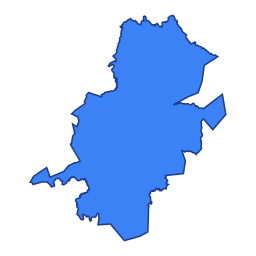 outline of Urique, Chihuahua, Mexico
{"feature_id": "50627088B80503012835519", "entity_name": "Urique", "entity_type": "district", "adm_level": 2, "iso_a3": "MEX", "parent_name": "Mexico", "parent_adm1": "Chihuahua", "projection": "albers", "projection_center": [-107.976, 27.219], "detail": "fine", "context": "isolated", "style": "filled", "palette": "blue", "viewbox_px": 256, "rotation_deg": 0, "n_neighbors": 0, "source": "geoboundaries", "source_scale": "gbopen_adm2", "svg_char_len": 5741}
<svg xmlns="http://www.w3.org/2000/svg" viewBox="0 0 256 256"><path d="M30.2,182.3L32.0,182.6L32.9,183.7L33.0,184.5L42.3,181.9L47.6,182.0L48.2,183.2L49.8,184.5L50.4,185.7L51.7,187.0L53.1,186.1L53.8,186.5L54.5,185.8L54.4,184.2L53.7,183.4L53.5,182.6L54.3,180.6L55.3,179.8L55.8,178.7L58.1,178.6L59.1,178.2L61.2,181.1L62.6,180.9L62.1,184.2L63.8,184.8L66.3,183.1L66.5,182.1L67.2,181.7L67.3,181.3L69.0,180.9L69.0,180.3L69.6,180.2L69.5,179.1L70.2,179.0L70.1,178.6L72.1,177.0L73.1,177.6L73.9,176.7L74.3,176.8L76.6,179.6L78.1,180.8L80.8,180.0L81.2,179.0L81.6,178.8L82.1,179.4L83.1,179.3L83.6,179.8L84.0,179.8L84.7,178.6L85.8,179.5L85.8,180.3L86.4,181.2L85.7,181.1L85.8,181.6L86.8,182.9L87.0,184.3L87.7,185.0L87.5,185.5L88.4,185.8L88.4,186.5L89.3,188.3L88.9,188.5L88.9,189.2L88.4,189.6L88.9,190.0L87.8,190.2L87.2,191.4L87.4,192.1L87.0,191.9L86.9,192.3L85.7,192.8L85.1,192.8L85.2,193.5L84.7,193.5L84.1,193.0L83.3,193.7L82.5,193.5L82.6,192.9L82.2,193.7L81.7,193.7L81.7,194.4L80.5,194.4L80.6,196.4L79.7,196.0L79.9,198.0L78.0,198.3L76.5,199.0L75.8,199.7L75.7,201.1L76.9,202.6L76.8,203.8L77.2,204.1L76.7,204.6L77.3,205.2L76.9,205.6L76.8,206.9L77.9,207.7L78.2,208.6L78.2,209.7L77.6,210.9L77.7,211.9L76.9,214.2L79.3,216.4L80.4,218.6L81.3,219.6L82.8,219.8L83.5,219.2L83.7,218.4L82.4,214.6L82.6,214.2L84.9,215.1L86.8,217.0L87.5,216.6L87.9,215.9L88.9,216.3L89.6,220.1L90.1,221.0L90.6,220.9L91.4,220.3L91.3,218.0L92.5,217.0L95.2,217.2L95.9,216.5L97.3,213.5L98.1,213.5L98.7,214.0L98.6,216.5L99.2,217.1L98.0,224.8L110.4,224.0L124.4,240.6L139.9,236.2L147.8,231.9L148.6,207.3L148.9,206.6L148.9,205.7L148.3,205.3L148.4,203.8L150.1,203.1L151.0,204.1L151.7,203.4L151.6,201.6L150.7,201.2L150.4,196.8L148.9,195.1L149.9,193.6L150.3,193.5L150.2,193.0L150.7,192.2L150.4,191.2L150.6,191.5L152.8,190.6L152.9,191.3L153.6,191.4L153.9,191.1L153.8,190.7L154.5,190.4L155.0,190.7L156.1,188.4L157.0,189.4L157.5,189.2L157.9,189.6L158.4,188.6L159.1,188.5L159.1,189.4L160.0,189.3L159.7,190.5L160.5,190.3L161.2,190.9L164.0,188.5L166.3,188.8L166.4,186.2L168.4,184.4L166.3,183.6L167.6,180.4L166.7,179.5L166.1,178.3L165.0,178.0L166.2,176.3L165.7,175.5L183.4,173.6L185.4,161.0L181.9,150.6L183.0,150.8L184.7,152.0L185.2,151.6L185.6,151.7L186.0,151.0L186.6,151.2L187.5,150.9L188.7,151.5L190.0,151.0L190.3,151.5L191.7,151.7L192.5,152.5L194.8,153.2L196.0,154.3L196.0,154.0L198.6,152.2L198.9,151.4L200.5,150.0L201.5,148.3L201.5,147.8L200.9,147.0L201.5,143.4L200.8,142.0L201.4,141.6L201.3,141.0L200.4,139.2L200.8,137.5L201.9,136.6L202.4,135.1L202.4,134.1L201.7,133.4L201.0,130.5L201.1,129.7L202.0,127.7L201.8,126.9L201.0,126.1L201.6,124.4L201.5,123.4L201.0,122.5L201.5,120.8L202.7,119.9L203.1,119.0L203.4,118.9L212.8,129.7L225.8,114.5L222.4,94.3L203.1,108.9L201.8,108.0L199.0,108.4L198.3,107.0L196.4,105.8L195.9,106.4L194.9,105.9L194.5,104.4L193.9,103.6L193.0,103.4L192.5,103.4L191.4,104.8L190.7,105.0L188.1,103.8L186.7,103.7L185.2,104.1L184.5,103.7L182.7,103.6L180.4,102.7L179.9,103.2L179.3,103.1L177.9,103.9L175.5,104.1L174.3,104.8L174.0,104.5L188.2,96.7L198.1,92.8L202.1,81.0L204.2,65.4L217.7,56.7L215.2,54.9L213.2,55.4L211.2,53.5L210.7,54.1L210.0,54.1L208.6,52.2L206.2,50.5L206.0,49.8L205.2,49.8L203.9,48.1L201.9,48.2L201.4,46.8L200.1,46.8L199.5,46.3L198.1,46.0L197.3,45.1L195.6,45.1L195.0,43.6L195.7,42.6L195.2,42.2L194.6,42.1L193.8,43.2L192.7,42.9L191.7,43.7L190.5,43.8L189.8,42.6L190.0,42.3L189.2,42.0L189.0,41.3L188.0,40.7L187.9,39.9L186.7,38.7L186.8,38.3L185.7,37.6L185.8,36.1L186.5,35.1L185.1,33.7L183.2,32.4L181.9,30.7L181.5,29.0L180.0,27.2L178.6,26.2L178.5,25.4L177.0,23.8L176.9,22.6L177.5,22.4L177.0,20.5L175.1,20.3L174.9,18.3L174.2,17.5L174.0,16.4L173.3,16.1L173.1,15.4L170.0,16.1L169.5,16.9L168.3,17.6L168.1,18.2L168.6,19.4L167.6,21.3L167.1,21.3L166.5,22.1L166.1,22.2L165.4,21.6L164.3,22.2L162.9,22.0L162.1,23.3L162.4,24.2L162.2,24.7L162.6,25.7L161.6,26.9L160.8,26.1L159.7,26.9L158.6,25.6L158.3,24.6L157.0,23.4L156.5,23.6L155.9,24.5L155.1,24.7L154.9,25.1L155.2,25.7L154.8,26.0L154.5,26.0L154.0,24.7L152.1,25.0L148.7,21.0L147.5,20.6L146.9,20.8L146.0,19.5L146.0,17.4L145.3,16.5L144.5,16.0L143.6,16.6L143.5,17.5L143.4,19.0L143.8,20.8L143.2,20.6L141.4,21.3L141.3,23.5L140.6,25.6L140.6,24.5L140.2,24.1L137.6,24.0L137.0,22.2L135.3,20.6L134.3,21.3L133.6,21.1L133.1,20.4L132.7,20.5L131.7,20.1L130.7,18.6L129.9,19.3L129.0,19.3L128.5,19.9L127.6,20.1L126.9,21.3L126.1,21.4L125.5,22.1L123.9,22.2L122.8,24.3L122.4,24.4L121.4,26.1L120.3,26.7L121.0,27.7L121.5,27.7L121.4,27.0L122.4,27.0L122.6,28.1L121.2,31.0L121.6,32.1L120.8,33.4L121.2,34.0L120.8,35.0L121.3,36.3L119.5,38.1L120.0,40.0L119.5,40.5L119.5,42.0L118.8,42.6L118.2,44.1L118.2,46.0L117.5,46.7L117.5,47.9L116.5,50.7L116.9,52.2L115.4,54.4L113.1,55.9L113.3,56.8L114.6,57.3L115.0,58.3L116.4,59.0L116.0,60.3L116.2,61.2L115.5,61.6L115.0,61.0L114.3,61.0L110.2,63.2L109.8,63.5L109.0,65.3L108.3,65.8L108.5,66.3L109.5,66.4L110.0,65.8L112.6,64.7L113.3,64.9L114.0,65.7L113.8,66.9L113.2,68.0L112.0,69.0L111.8,70.5L114.1,73.2L113.8,74.9L114.1,75.6L113.9,77.4L114.5,77.4L114.7,78.1L116.0,77.9L115.8,79.1L116.5,78.5L116.5,79.0L116.9,79.3L116.5,79.7L116.5,80.3L115.9,79.9L115.6,80.2L116.0,80.5L115.8,81.1L116.5,81.4L115.8,82.1L116.1,82.3L116.7,81.9L116.7,82.8L117.2,82.8L117.0,84.0L117.2,84.5L116.7,84.6L117.0,85.1L116.5,86.6L117.2,87.5L116.2,87.9L116.4,88.6L116.0,89.0L115.6,88.9L115.9,89.9L114.3,90.1L112.2,91.4L110.6,90.9L109.5,91.6L106.4,92.0L105.7,92.5L105.1,92.3L104.3,93.4L101.3,94.7L101.6,96.9L88.7,92.5L86.6,94.6L86.3,95.7L86.6,97.0L84.3,101.6L85.4,103.3L75.1,110.5L71.6,113.9L78.0,117.1L78.9,121.6L76.8,126.7L72.6,124.0L74.8,133.4L72.7,136.2L71.5,143.6L70.5,144.1L71.1,145.7L80.1,161.0L75.7,163.0L74.6,162.6L71.1,164.6L68.7,165.5L63.7,171.5L50.1,177.2L46.7,167.5L33.6,176.3L30.2,182.3Z" fill="#3b82f6" stroke="#1e3a8a" stroke-width="1.5"/></svg>